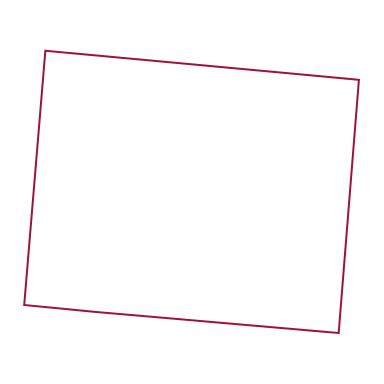 outline of Thomas, Nebraska, United States of America, rotated 5°
{"feature_id": "52423323B67335599422711", "entity_name": "Thomas", "entity_type": "district", "adm_level": 2, "iso_a3": "USA", "parent_name": "United States of America", "parent_adm1": "Nebraska", "projection": "orthographic", "projection_center": [-100.534, 41.914], "detail": "fine", "context": "isolated", "style": "outline", "palette": "rose", "viewbox_px": 384, "rotation_deg": 5, "n_neighbors": 0, "source": "geoboundaries", "source_scale": "gbopen_adm2", "svg_char_len": 231}
<svg xmlns="http://www.w3.org/2000/svg" viewBox="0 0 384 384"><g transform="rotate(5 192 192)"><path d="M348.5,65.7L33.6,64.1L34.7,319.2L106.2,319.9L350.4,319.7L348.5,65.7Z" fill="none" stroke="#9f1239" stroke-width="2"/></g></svg>